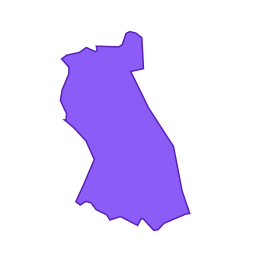 outline of Rhondda, Cynon, Taff, rotated 16°
{"feature_id": "GBR-2115", "entity_name": "Rhondda, Cynon, Taff", "entity_type": "Unitary Authority (wales)", "adm_level": 1, "iso_a3": "GBR", "parent_name": "United Kingdom", "parent_adm1": "", "projection": "equal_earth", "projection_center": [-3.436, 51.659], "detail": "fine", "context": "isolated", "style": "filled", "palette": "violet", "viewbox_px": 256, "rotation_deg": 16, "n_neighbors": 0, "source": "natural_earth", "source_scale": "10m", "svg_char_len": 710}
<svg xmlns="http://www.w3.org/2000/svg" viewBox="0 0 256 256"><g transform="rotate(16 128 128)"><path d="M177.1,133.8L197.4,173.7L210.9,193.2L207.4,194.7L188.8,209.7L185.0,217.4L181.9,218.9L181.0,219.3L167.8,211.2L165.7,211.7L164.0,219.0L145.1,215.2L136.0,221.4L131.5,217.3L119.8,215.2L113.1,210.1L107.7,210.2L103.3,215.2L98.2,213.2L101.0,194.6L104.3,167.5L91.1,151.9L75.5,142.5L64.6,137.7L66.2,137.3L65.0,131.1L55.4,120.1L54.2,109.6L56.2,92.0L54.4,85.8L45.1,79.9L49.0,74.9L60.4,68.8L65.7,62.1L75.5,63.7L76.9,61.5L75.0,58.1L96.7,52.6L99.5,49.4L100.1,37.6L103.1,34.9L109.3,34.6L116.4,37.4L126.5,66.7L115.0,72.9L142.2,103.0L176.8,133.2L177.1,133.8Z" fill="#8b5cf6" stroke="#5b21b6" stroke-width="1.5"/></g></svg>